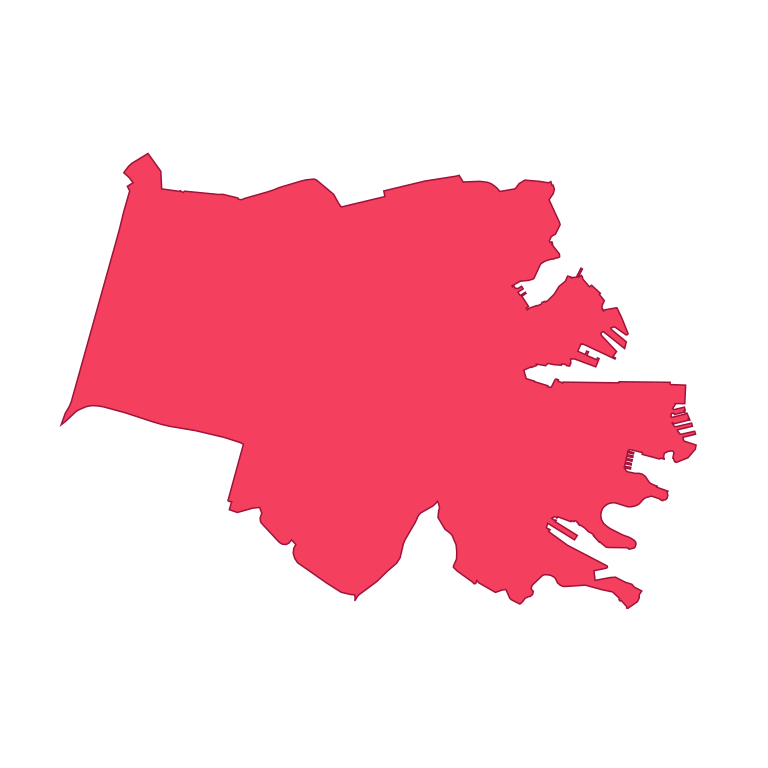 outline of Sydney, New South Wales, Australia, rotated 96°
{"feature_id": "25037944B98854570895907", "entity_name": "Sydney", "entity_type": "district", "adm_level": 2, "iso_a3": "AUS", "parent_name": "Australia", "parent_adm1": "New South Wales", "projection": "albers", "projection_center": [151.208, -33.889], "detail": "fine", "context": "isolated", "style": "filled", "palette": "rose", "viewbox_px": 768, "rotation_deg": 96, "n_neighbors": 0, "source": "geoboundaries", "source_scale": "gbopen_adm2", "svg_char_len": 6105}
<svg xmlns="http://www.w3.org/2000/svg" viewBox="0 0 768 768"><g transform="rotate(96 384 384)"><path d="M458.3,700.8L453.9,696.3L443.5,687.3L441.7,685.0L437.9,678.3L436.8,675.1L436.0,671.9L435.7,666.0L436.1,660.3L439.7,638.2L445.6,610.9L447.5,600.6L448.5,592.4L450.1,566.5L453.8,537.5L457.2,521.2L458.5,517.5L516.3,527.0L517.0,525.6L517.0,523.2L525.2,524.7L527.1,516.4L521.0,501.0L519.8,494.7L525.2,492.1L530.3,493.2L533.5,492.5L535.0,491.6L552.5,471.5L554.0,468.2L553.8,464.4L552.1,461.8L548.7,459.8L552.8,454.9L556.8,456.6L561.8,456.6L566.9,454.5L570.8,451.2L587.9,420.3L595.6,404.9L596.9,394.8L596.7,391.2L599.8,390.3L602.7,390.4L597.7,388.0L596.1,386.7L581.3,370.6L569.6,360.9L560.9,352.7L555.0,349.8L540.9,348.0L536.8,346.8L518.3,338.4L511.8,336.3L508.6,334.3L500.3,322.7L497.4,320.1L495.0,318.7L497.3,317.2L501.3,315.8L504.2,316.4L511.1,316.4L522.1,308.2L525.6,302.4L527.5,300.4L536.4,295.5L543.4,294.1L550.5,293.6L557.4,295.8L559.1,295.8L562.4,291.6L571.6,275.5L573.3,273.5L572.8,271.9L569.7,271.2L571.8,269.0L579.6,251.4L576.7,245.3L575.7,241.8L576.3,240.9L584.1,236.4L585.3,234.7L588.6,226.1L588.1,225.1L585.6,223.1L582.1,221.1L581.6,219.7L580.7,218.9L580.0,216.4L577.9,214.3L574.7,213.8L573.1,215.6L571.4,216.3L568.6,215.5L558.1,206.6L557.0,205.0L556.6,201.3L556.9,197.9L558.9,193.6L563.7,190.6L565.6,187.8L566.5,185.2L566.6,183.4L563.0,162.7L565.8,145.8L566.9,135.0L572.7,127.3L573.8,127.8L575.0,126.9L575.0,126.1L574.5,125.5L580.0,119.4L581.5,119.2L581.6,118.0L574.1,109.3L570.3,107.8L566.8,108.1L562.9,106.0L559.8,113.9L557.3,116.5L555.9,123.3L551.9,133.7L552.9,139.1L557.2,153.5L547.8,155.7L543.8,143.4L543.0,142.6L541.6,143.1L525.2,184.7L513.5,204.9L511.6,203.6L511.0,204.8L511.4,205.1L509.9,207.4L505.4,206.6L519.1,178.3L514.4,175.9L503.1,199.2L501.7,198.5L501.3,199.5L501.9,199.9L500.0,203.2L498.8,201.7L498.2,200.0L498.4,198.5L499.3,198.0L497.9,197.3L501.4,183.7L500.4,183.3L501.0,180.6L500.1,179.9L500.0,179.1L502.6,175.8L503.0,176.1L504.2,174.7L504.1,173.3L506.2,169.4L509.6,165.2L511.3,160.8L512.7,159.5L513.0,159.9L518.8,153.4L518.4,153.0L522.9,146.4L523.2,144.2L521.5,125.8L521.7,124.3L522.7,123.0L521.1,118.3L519.8,117.2L516.8,116.6L514.7,117.3L513.1,119.1L510.9,123.9L509.1,131.1L504.2,143.9L501.8,148.2L499.6,151.1L496.0,153.6L492.2,154.7L488.0,154.5L485.1,153.6L482.9,152.2L480.3,149.4L479.2,147.4L478.2,144.3L478.1,141.3L480.6,128.9L480.4,126.0L479.3,122.2L478.1,119.8L476.5,117.6L471.7,114.1L469.8,112.0L467.8,107.0L467.7,105.6L469.3,98.4L470.5,96.4L470.9,94.6L470.4,94.4L469.6,91.8L468.0,90.5L464.9,90.1L462.2,91.1L460.9,90.4L458.1,102.2L457.1,101.6L456.0,105.9L454.8,108.8L453.6,110.3L448.6,114.4L446.7,117.6L446.2,120.3L446.3,123.1L446.7,123.5L445.9,132.2L445.3,133.8L442.3,136.1L442.8,130.0L441.0,129.9L440.7,136.1L438.1,135.9L438.7,129.7L437.1,129.7L436.5,135.7L434.2,135.4L434.9,129.4L433.3,129.2L432.6,135.3L430.5,135.1L431.1,129.0L429.5,128.8L428.8,134.7L426.7,134.6L427.5,128.6L426.1,128.4L425.2,134.4L424.4,134.2L423.5,132.5L425.2,119.8L427.0,119.9L429.8,102.2L428.9,101.1L429.4,97.5L428.7,97.5L428.6,98.3L423.7,98.1L421.3,94.3L420.4,90.3L421.6,88.5L427.5,89.0L427.5,88.6L430.7,86.9L431.3,85.9L431.3,84.8L425.6,74.0L416.4,67.6L412.1,67.2L409.3,79.9L405.8,81.2L401.4,68.9L398.5,70.1L402.8,82.9L402.8,84.4L399.4,87.5L398.7,86.7L393.8,72.9L390.7,74.0L396.0,89.5L395.6,91.1L392.7,93.4L392.2,92.8L393.5,92.0L388.2,77.5L386.8,78.0L386.6,77.5L388.1,76.3L387.9,76.0L381.3,79.7L382.3,81.7L382.5,81.6L387.0,94.0L386.8,95.1L383.4,95.2L382.7,93.0L384.0,92.0L380.4,81.8L379.1,82.7L378.7,81.7L375.6,82.8L379.2,93.0L378.2,94.4L373.6,92.0L373.0,92.2L372.1,82.8L353.6,83.9L354.6,98.9L353.7,99.6L352.4,99.6L357.2,150.5L358.3,150.6L363.4,206.2L364.4,206.4L362.8,211.4L361.6,211.0L361.0,213.3L361.6,214.3L369.1,217.1L370.0,218.0L369.5,221.0L368.6,220.9L365.9,234.7L365.4,234.7L363.8,243.1L355.6,246.4L351.5,239.3L352.0,238.9L349.6,234.1L348.3,234.6L348.9,225.1L346.4,223.2L347.0,217.3L346.8,209.5L345.4,209.3L345.5,205.7L346.6,204.3L346.9,201.8L346.4,201.6L346.3,201.0L344.0,200.9L344.0,200.4L339.6,201.0L339.2,197.0L344.8,175.2L336.3,172.7L335.7,174.5L337.6,175.1L334.4,185.2L330.6,184.0L330.1,185.9L333.6,187.0L331.2,194.7L323.5,192.3L323.9,191.0L323.4,190.4L335.0,156.9L333.9,156.5L332.8,159.1L327.4,156.1L312.9,172.9L311.0,173.6L309.0,172.0L309.3,170.8L323.6,148.4L316.8,147.4L306.0,163.6L304.7,164.3L303.2,161.4L303.4,160.0L309.9,148.4L309.5,147.1L308.4,146.5L293.5,154.4L284.1,160.1L283.8,160.5L287.3,172.6L287.6,173.3L288.2,173.0L288.4,173.6L286.4,174.5L286.5,174.9L283.9,175.4L278.0,173.6L272.4,179.2L271.2,178.3L264.1,187.9L265.9,189.8L258.7,197.4L257.2,197.6L255.3,199.1L257.6,201.6L257.4,202.0L248.9,198.7L248.2,200.2L257.7,203.9L258.2,207.0L259.0,208.8L258.0,209.3L257.5,212.7L262.7,214.3L268.6,220.1L277.0,224.2L284.0,229.9L285.5,232.2L285.0,232.6L286.2,235.3L288.2,236.0L290.1,239.5L290.0,240.4L293.6,247.7L295.3,249.4L293.7,250.4L291.8,248.3L282.3,256.1L279.1,252.2L278.0,253.1L281.8,257.8L278.7,260.4L274.8,255.5L272.4,257.4L275.0,260.8L275.1,263.4L273.1,265.0L273.9,266.4L273.1,267.0L267.5,259.2L265.9,251.1L264.1,246.8L263.3,245.9L248.3,240.8L245.7,237.7L244.1,234.9L242.4,230.7L242.0,228.4L240.6,225.9L240.4,224.4L239.2,222.6L236.4,223.1L227.5,231.8L227.0,230.9L225.1,231.9L225.9,233.5L224.3,234.5L220.4,233.2L218.8,231.8L217.2,229.2L207.3,225.5L205.2,226.2L183.5,239.1L176.9,235.5L172.6,234.9L168.6,236.6L168.5,237.9L165.3,239.2L166.2,240.3L166.7,242.2L166.2,250.5L166.5,265.3L170.7,270.7L175.4,273.4L176.4,274.7L180.4,288.8L177.3,292.2L175.3,295.1L173.6,298.4L172.6,302.0L172.4,309.8L174.8,326.4L168.6,331.1L169.8,334.2L177.9,364.6L192.0,404.4L197.5,402.7L212.4,445.0L209.1,448.0L200.7,453.8L188.2,472.4L187.5,475.0L189.1,482.8L190.7,487.4L199.7,509.0L202.4,513.9L205.2,520.1L214.0,542.0L215.4,544.4L215.6,545.8L215.5,548.1L214.3,548.7L212.2,564.0L212.8,568.6L213.1,602.6L214.6,603.8L213.0,607.0L213.8,607.5L213.2,625.5L195.8,628.2L179.4,642.8L190.9,657.9L194.2,660.8L201.1,664.9L205.0,659.4L210.1,654.6L214.2,659.9L218.5,657.1L239.4,660.8L259.2,663.5L434.0,693.1L439.0,694.5L446.4,697.9L458.3,700.8Z" fill="#f43f5e" stroke="#9f1239" stroke-width="1.5"/></g></svg>